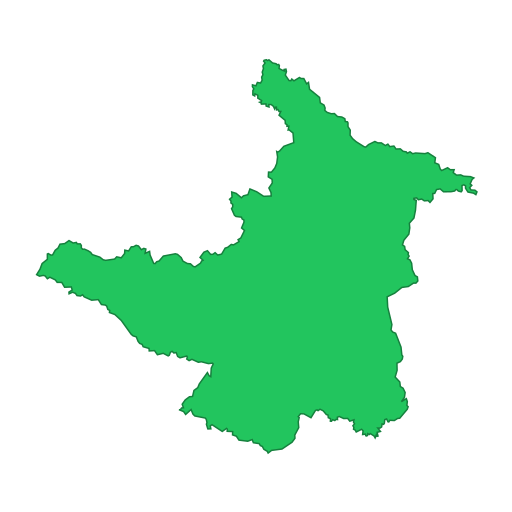 outline of Timbío, Cauca, Colombia, rotated 2°
{"feature_id": "7082276B22377249652696", "entity_name": "Timbío", "entity_type": "district", "adm_level": 2, "iso_a3": "COL", "parent_name": "Colombia", "parent_adm1": "Cauca", "projection": "albers", "projection_center": [-76.71, 2.382], "detail": "fine", "context": "isolated", "style": "filled", "palette": "green", "viewbox_px": 512, "rotation_deg": 2, "n_neighbors": 0, "source": "geoboundaries", "source_scale": "gbopen_adm2", "svg_char_len": 6076}
<svg xmlns="http://www.w3.org/2000/svg" viewBox="0 0 512 512"><g transform="rotate(2 256 256)"><path d="M257.3,60.1L256.8,61.0L258.3,62.8L256.3,65.8L256.9,68.5L255.8,72.0L256.6,74.6L255.4,77.0L256.0,80.1L254.5,83.0L251.3,82.5L250.0,85.9L246.5,85.1L246.5,86.9L248.0,89.1L247.1,90.7L247.2,95.1L249.1,96.1L249.3,94.0L252.2,95.3L252.3,98.2L256.2,100.5L255.9,101.7L254.4,102.2L255.8,102.9L256.1,104.0L260.7,103.7L260.9,105.8L263.8,106.6L263.5,104.2L265.9,104.1L268.2,105.8L269.5,108.4L270.2,106.6L271.2,106.5L271.4,109.3L272.8,108.8L274.0,110.8L275.7,110.7L274.1,114.5L280.4,119.4L280.7,122.7L282.4,123.7L282.4,125.3L284.3,125.1L283.7,129.0L284.7,128.8L288.7,131.8L289.8,141.4L280.0,145.4L275.9,150.3L274.0,151.4L273.1,150.9L274.1,156.3L273.5,162.8L271.8,167.3L268.5,171.7L265.6,171.7L265.5,176.5L269.4,178.8L269.7,182.5L266.5,187.6L268.8,192.1L269.1,195.5L261.6,196.1L254.5,191.8L247.6,189.2L245.8,195.0L241.4,196.3L239.4,198.3L234.0,194.1L229.5,192.9L230.0,198.0L227.6,200.2L229.1,202.0L229.1,203.9L230.9,205.2L231.0,207.8L229.9,209.5L233.0,216.0L234.6,217.2L240.1,217.7L240.9,219.5L242.7,220.5L242.8,222.6L240.6,228.5L243.6,230.9L240.2,238.5L237.5,240.3L238.6,242.2L233.1,245.7L230.9,245.3L227.4,248.3L224.9,249.2L221.6,255.3L217.7,256.4L215.0,254.1L212.9,255.8L210.6,256.0L207.3,252.4L203.8,254.0L200.1,259.4L203.2,262.1L201.9,262.8L200.8,265.1L195.5,269.0L193.7,268.6L190.8,266.1L187.6,265.9L183.2,263.7L181.3,260.2L177.5,257.1L175.3,256.6L163.4,259.3L159.3,264.4L156.9,265.2L155.5,267.1L154.0,267.0L150.1,258.7L149.5,255.1L145.1,257.2L145.7,252.9L143.6,252.3L141.2,253.7L138.2,250.1L135.8,249.5L133.3,251.0L131.0,251.2L128.5,255.4L124.7,254.7L124.6,258.1L121.4,262.5L116.8,261.7L114.8,264.0L105.9,265.6L103.4,265.1L100.0,262.6L92.3,260.3L90.6,258.1L88.0,256.6L84.3,255.1L82.5,255.3L81.1,253.8L81.1,251.6L80.0,250.0L76.9,250.1L76.0,248.7L72.8,249.4L68.6,247.1L64.4,250.3L59.7,251.0L57.9,254.9L55.1,257.3L52.7,262.0L51.1,262.3L48.3,260.8L47.4,261.3L47.6,266.6L42.5,271.0L40.6,276.7L37.4,282.3L40.3,283.7L44.1,282.8L46.0,283.3L48.3,286.0L50.7,284.4L56.3,286.9L58.2,289.3L62.8,289.2L65.8,293.9L72.5,293.4L73.5,296.4L70.3,298.6L70.5,300.3L74.0,298.6L76.9,299.7L78.5,301.8L82.0,302.1L84.1,300.8L85.7,302.8L93.3,305.9L99.9,305.1L103.2,309.9L107.1,310.3L108.5,311.2L109.8,314.6L111.7,315.5L111.5,317.6L117.0,319.4L123.6,325.1L134.0,338.6L135.9,340.1L139.2,341.0L141.1,345.4L142.8,347.4L145.3,348.3L146.4,350.6L152.3,352.1L152.6,354.6L157.9,354.1L160.9,358.1L166.7,356.5L171.7,358.9L172.8,358.2L173.8,355.2L175.5,354.2L177.3,355.8L179.6,355.3L181.2,359.1L183.6,360.4L190.3,358.4L190.9,359.3L190.4,361.4L192.8,362.9L195.6,361.5L202.1,364.2L205.1,363.6L212.2,365.2L216.3,364.6L217.0,365.4L215.2,369.6L215.0,378.2L213.3,377.3L211.5,374.2L203.8,385.8L202.4,389.6L198.7,392.5L197.5,398.6L194.4,399.0L190.3,402.3L187.4,406.7L188.8,410.2L186.9,410.5L185.8,412.3L184.4,412.3L189.1,414.0L191.2,416.8L196.5,411.7L198.5,416.2L200.4,418.0L210.9,419.7L212.0,421.0L212.8,424.2L212.3,425.8L213.9,430.5L216.9,430.3L216.2,427.4L217.9,426.1L228.4,432.5L232.6,429.3L233.4,430.1L233.3,432.2L238.8,432.3L238.8,435.6L242.7,436.8L245.4,440.6L254.2,441.4L258.6,439.6L259.9,442.7L265.8,443.4L266.9,445.3L269.0,446.1L270.6,448.9L274.1,450.8L275.0,452.5L278.4,449.7L288.7,448.0L298.5,440.9L301.3,436.8L301.0,433.6L304.7,426.0L304.0,420.2L304.8,416.0L303.8,415.1L306.0,412.1L309.4,412.1L316.6,415.7L320.8,408.3L322.4,407.6L323.4,408.4L325.3,406.9L328.6,408.4L331.8,412.0L333.5,412.4L333.9,415.1L336.1,415.9L336.1,418.5L337.2,418.5L338.3,416.9L340.5,417.7L341.7,416.5L343.2,416.6L342.9,414.3L344.8,413.5L349.4,415.4L353.3,415.1L355.5,417.8L359.6,416.3L359.2,418.6L360.3,420.3L358.8,422.2L359.8,424.0L359.5,425.7L361.3,426.6L362.3,428.4L367.6,425.5L369.1,427.0L368.8,430.7L371.6,430.2L372.0,431.8L372.9,432.0L373.8,431.4L373.9,429.6L375.6,430.4L376.4,429.5L380.2,431.7L381.4,433.6L382.4,430.6L383.2,432.0L384.2,431.7L383.2,428.0L386.5,427.0L383.7,423.7L385.8,423.7L387.5,422.5L387.9,419.4L389.4,419.8L390.1,418.8L390.4,415.0L392.2,414.3L393.7,417.1L394.5,417.2L395.5,415.5L400.0,415.6L403.2,413.4L405.3,413.1L412.5,403.9L413.3,401.3L412.0,400.1L412.3,396.2L411.2,393.3L406.4,396.5L409.3,392.1L409.8,387.2L407.6,383.0L404.8,381.4L404.1,376.9L399.3,372.1L401.0,365.3L400.6,358.2L404.0,356.5L405.8,353.9L406.2,351.1L405.2,349.8L404.1,342.0L398.2,328.3L395.2,327.2L393.5,325.1L394.2,319.8L389.4,302.5L388.5,292.2L395.9,288.3L402.9,282.3L409.3,281.2L414.3,277.6L416.8,277.5L418.6,275.3L418.0,271.2L415.6,270.0L412.7,264.3L411.8,257.8L409.9,254.4L407.5,253.5L409.0,250.8L407.9,249.1L408.2,247.3L404.8,244.5L404.2,241.2L402.0,239.8L403.2,235.1L408.0,228.8L408.7,222.5L408.1,217.9L412.5,212.6L413.8,204.6L414.2,194.8L411.8,194.0L411.7,192.9L414.5,192.3L416.3,194.1L419.6,193.3L422.3,195.0L426.1,194.6L428.0,196.4L430.9,192.7L430.5,187.4L432.4,187.2L434.1,183.3L437.7,182.5L441.2,185.3L448.9,184.9L452.3,184.1L453.4,182.6L454.4,182.6L455.9,184.0L458.8,184.7L459.7,183.5L459.4,178.4L461.2,177.6L463.0,178.6L463.0,180.9L465.6,184.7L471.2,185.6L473.6,187.0L474.6,184.2L472.5,182.6L468.6,182.5L467.1,180.3L469.2,177.8L467.5,176.5L469.3,171.9L471.0,170.4L467.6,169.2L460.7,169.0L457.8,167.8L453.6,168.2L450.2,165.8L451.0,162.8L447.2,163.0L444.4,161.1L438.6,164.1L437.1,162.7L435.4,158.1L431.4,156.6L431.9,151.5L424.2,146.8L421.3,147.8L411.9,147.5L409.0,148.3L406.3,146.5L403.6,148.0L402.6,146.7L399.3,146.2L396.5,143.9L392.2,144.2L390.0,141.3L385.9,142.0L383.9,139.6L381.4,141.1L377.4,138.6L373.8,138.7L370.8,137.4L364.6,140.7L361.9,143.3L360.4,143.1L352.1,138.3L348.4,135.3L345.8,132.0L345.8,126.9L343.4,123.5L343.3,119.8L342.7,118.7L340.5,118.5L340.0,115.7L336.9,114.1L332.6,113.8L329.4,110.9L326.3,111.2L322.1,110.0L319.7,108.1L319.9,105.7L318.7,102.8L314.9,100.7L314.0,95.3L303.7,87.5L302.4,80.7L300.6,82.2L297.6,77.0L294.7,77.0L293.2,76.1L287.8,79.6L285.6,77.9L284.7,79.6L282.9,79.5L279.0,74.2L280.0,70.6L279.4,68.2L277.6,68.6L278.0,70.1L276.1,69.5L272.5,67.8L272.7,64.9L272.0,63.8L270.3,64.1L269.3,63.1L265.8,62.5L262.1,59.5L260.7,60.3L259.6,59.5L257.3,60.1Z" fill="#22c55e" stroke="#15803d" stroke-width="1.5"/></g></svg>